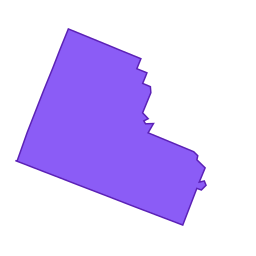 the district of Carroll, Arkansas, United States of America, rotated 201°
{"feature_id": "52423323B66141902431391", "entity_name": "Carroll", "entity_type": "district", "adm_level": 2, "iso_a3": "USA", "parent_name": "United States of America", "parent_adm1": "Arkansas", "projection": "robinson", "projection_center": [-93.593, 36.31], "detail": "fine", "context": "isolated", "style": "filled", "palette": "violet", "viewbox_px": 256, "rotation_deg": 201, "n_neighbors": 0, "source": "geoboundaries", "source_scale": "gbopen_adm2", "svg_char_len": 678}
<svg xmlns="http://www.w3.org/2000/svg" viewBox="0 0 256 256"><g transform="rotate(201 128 128)"><path d="M130.4,57.0L100.8,56.9L94.2,56.9L91.2,56.9L88.4,56.9L85.7,56.9L42.1,57.0L42.1,96.3L37.3,96.4L34.6,102.5L37.8,105.9L42.1,103.0L41.7,118.4L52.3,123.0L52.9,127.1L58.1,129.4L107.5,130.7L105.8,141.3L113.1,138.2L115.8,140.3L112.5,143.9L119.8,147.4L119.3,169.1L121.9,174.6L130.3,174.9L130.1,182.3L130.1,186.3L141.0,186.5L140.8,197.3L163.2,197.8L174.2,198.1L219.2,199.1L219.6,177.6L219.7,157.4L220.2,133.2L220.5,87.7L219.7,57.7L221.4,57.2L214.5,57.2L189.7,57.1L189.3,57.1L179.6,57.1L154.5,57.0L152.2,57.0L130.4,57.0Z" fill="#8b5cf6" stroke="#5b21b6" stroke-width="1.5"/></g></svg>